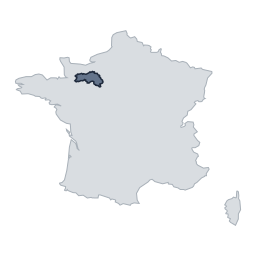 Orne on a map of France (Equal Earth projection)
{"feature_id": "FRA-5332", "entity_name": "Orne", "entity_type": "Metropolitan department", "adm_level": 1, "iso_a3": "FRA", "parent_name": "France", "parent_adm1": "", "projection": "equal_earth", "projection_center": [0.157, 48.576], "detail": "fine", "context": "in_parent", "style": "filled", "palette": "slate", "viewbox_px": 256, "rotation_deg": 0, "n_neighbors": 0, "source": "natural_earth", "source_scale": "10m", "svg_char_len": 5653}
<svg xmlns="http://www.w3.org/2000/svg" viewBox="0 0 256 256"><path d="M205.1,98.5L203.3,99.4L202.2,101.2L201.1,101.7L198.9,101.7L197.9,100.6L195.3,101.3L194.3,102.5L195.9,103.9L191.0,109.7L187.8,111.3L187.2,115.1L183.5,118.0L182.1,121.1L182.0,121.7L183.0,122.7L182.7,124.7L180.8,126.0L180.8,127.2L181.4,127.4L184.4,126.4L185.5,125.2L184.8,123.6L187.7,121.6L193.1,122.1L193.9,124.8L193.3,127.0L197.3,131.8L194.0,134.0L193.9,135.5L197.5,140.4L199.8,142.4L198.8,145.6L195.1,147.7L192.8,147.6L191.8,148.1L191.9,149.1L193.7,152.1L197.7,154.0L198.4,156.3L197.3,157.1L195.6,160.5L196.5,162.2L196.2,162.9L196.7,164.0L197.8,165.2L203.4,168.1L208.4,167.5L209.1,169.2L206.2,173.7L206.5,175.7L204.9,175.7L204.7,176.4L201.6,177.9L196.8,182.5L194.5,183.8L193.6,186.1L192.3,187.4L185.1,190.1L183.8,189.5L180.3,189.5L178.0,187.9L173.8,186.8L172.3,184.4L168.4,184.0L168.2,182.4L162.7,183.8L154.9,181.6L152.1,179.3L149.9,179.9L148.0,182.0L139.7,187.6L136.5,193.3L137.2,200.1L139.2,203.4L134.1,202.9L131.1,203.9L130.3,205.3L123.1,203.6L120.4,205.0L119.7,204.9L118.7,203.5L115.2,201.9L115.7,200.8L115.2,199.8L111.9,199.0L110.7,199.9L109.5,198.0L100.1,194.9L98.6,195.0L98.0,198.0L92.1,197.9L91.2,197.4L87.3,198.0L83.2,195.2L78.7,195.7L75.9,192.8L73.1,192.6L69.3,191.1L67.6,190.3L67.3,189.5L66.2,190.8L64.8,190.5L64.5,190.1L65.4,188.5L65.6,186.6L60.8,185.2L59.6,183.8L59.6,183.1L62.1,182.5L64.5,179.9L66.8,170.5L68.4,159.5L69.6,157.4L71.1,156.8L69.9,155.3L68.5,157.3L69.4,147.2L71.2,139.7L75.1,142.8L76.0,144.1L77.2,148.6L79.4,150.5L78.0,148.7L76.6,142.7L75.7,141.0L69.4,136.0L69.2,134.9L72.0,135.5L70.8,131.8L70.3,124.0L66.4,123.3L60.4,120.0L56.2,114.1L55.8,111.9L56.9,109.5L55.9,108.1L54.2,107.0L55.6,105.1L56.8,104.8L61.2,106.0L57.6,104.1L51.8,104.7L49.5,104.1L49.1,102.7L50.7,100.9L48.8,99.8L45.5,100.1L45.1,99.6L46.1,98.3L45.2,97.9L42.5,98.4L41.0,98.0L39.6,96.5L35.2,96.2L34.2,95.4L28.2,93.7L21.9,94.0L20.2,91.1L16.4,89.7L17.2,88.8L21.1,88.0L21.8,87.2L19.1,86.0L18.1,84.8L23.2,84.5L21.0,83.3L16.0,83.4L15.4,81.7L16.0,79.9L19.0,78.3L26.2,76.6L31.5,76.6L35.2,74.6L38.9,74.0L42.4,75.0L47.0,80.0L50.8,77.8L56.4,77.9L57.5,79.1L59.0,76.8L60.3,78.1L67.1,77.7L65.5,76.8L64.3,74.7L64.1,67.0L60.6,61.4L59.8,59.4L60.0,57.7L64.1,58.0L67.5,57.3L69.1,57.8L69.4,61.4L70.8,63.4L80.2,64.1L85.6,65.2L90.2,63.2L94.4,62.3L94.8,61.8L92.3,62.0L90.1,61.1L89.8,60.1L90.9,57.3L97.4,54.3L106.9,51.7L109.3,49.9L112.1,46.8L111.5,46.0L111.8,37.5L113.2,34.7L116.7,32.7L125.9,30.7L127.1,33.4L127.0,34.9L129.5,37.3L130.7,38.0L134.7,36.7L136.7,39.0L137.3,41.5L142.1,42.5L143.6,45.8L144.5,45.0L147.5,45.2L149.0,45.5L151.0,46.9L150.4,48.9L151.3,49.8L150.5,51.6L151.1,52.4L156.7,52.4L158.3,51.6L159.0,49.8L160.7,48.7L161.3,49.0L160.4,52.4L161.2,53.3L161.7,55.7L163.8,55.9L167.9,57.8L171.5,61.0L175.8,60.5L179.2,62.3L182.6,61.4L185.9,62.4L187.1,63.3L190.4,67.8L192.7,66.9L194.4,67.4L195.0,68.8L201.2,68.0L202.4,69.3L203.8,69.7L211.8,71.5L212.0,73.2L207.6,78.0L205.9,85.0L204.7,87.4L204.2,89.2L204.7,90.4L204.5,92.4L203.7,96.9L204.4,98.3L205.1,98.5ZM238.8,195.6L238.6,198.6L239.8,200.8L240.6,209.7L238.4,213.9L238.3,219.1L235.5,225.3L230.7,222.5L229.3,221.0L230.4,218.7L227.7,217.4L228.2,215.1L227.9,213.9L226.0,213.8L225.8,213.2L227.2,211.5L227.1,210.4L225.2,209.0L224.8,207.8L226.5,206.4L225.7,205.2L224.7,204.9L226.9,200.9L228.4,199.7L232.0,198.6L233.5,197.1L235.9,197.9L236.3,197.5L236.8,191.2L237.6,191.1L238.4,191.9L238.8,195.6ZM69.7,132.2L69.1,134.0L66.7,130.9L66.4,129.3L69.7,132.2Z" fill="#d9dde1" stroke="#a8b0b8" stroke-width="1"/><path d="M74.9,80.7L75.3,80.2L76.1,79.5L76.4,78.8L76.6,78.7L76.6,78.2L76.4,77.8L76.4,77.6L76.6,77.4L76.9,77.1L75.6,76.3L75.3,76.2L75.3,75.8L75.6,75.7L76.0,75.2L76.3,75.1L77.3,74.8L77.5,74.7L77.4,74.4L77.4,74.2L77.5,74.1L78.0,74.0L78.5,74.2L78.8,74.2L80.6,73.8L81.4,73.4L81.8,73.5L82.1,73.6L82.5,74.1L82.7,74.3L82.8,74.3L83.0,74.2L83.1,73.9L83.4,73.7L86.0,74.3L89.0,72.8L89.7,72.0L90.0,71.9L90.1,72.0L90.3,72.3L90.5,72.4L90.9,72.1L91.0,72.1L91.6,72.1L91.9,71.9L92.0,71.7L92.4,71.5L92.6,71.8L92.8,71.9L93.1,72.0L93.3,72.0L93.9,71.7L94.1,71.7L94.4,72.0L94.1,72.6L94.1,72.8L94.3,73.0L94.5,73.2L94.6,73.3L94.8,73.3L95.1,73.2L96.3,73.5L96.5,73.5L96.9,73.3L97.1,73.3L97.3,73.5L97.4,73.8L98.1,74.8L98.3,74.9L98.5,75.0L99.1,75.1L99.3,75.2L99.4,75.3L99.5,75.4L99.6,75.6L99.7,75.8L99.6,76.0L99.4,76.3L99.2,76.5L99.3,76.7L99.5,76.8L99.8,77.2L100.0,77.3L100.5,77.5L100.6,78.3L100.8,78.6L101.1,79.1L101.3,79.2L101.7,79.5L102.5,80.2L102.6,80.4L102.6,80.5L102.5,80.8L102.5,81.0L102.6,81.3L102.7,81.5L102.9,81.6L103.0,81.8L103.0,82.0L102.8,82.3L102.7,82.5L102.6,82.8L102.1,83.3L101.8,83.4L100.7,83.8L100.3,83.9L100.1,83.9L100.1,84.0L99.9,84.4L100.0,84.5L100.3,84.8L100.3,85.0L100.3,85.4L100.3,85.5L100.6,86.0L100.7,86.4L100.7,86.5L100.3,86.8L99.9,86.9L99.6,86.9L99.2,86.7L98.9,86.4L98.6,85.9L98.3,85.6L98.1,85.5L97.9,85.6L97.3,85.6L96.0,85.3L95.7,85.2L95.7,84.9L95.7,84.7L95.4,84.5L95.2,84.5L94.9,84.5L94.4,84.3L94.2,84.1L93.9,83.7L93.8,83.2L93.8,82.7L93.9,82.2L93.8,81.9L93.8,81.7L93.6,81.6L92.8,81.2L92.6,81.2L92.4,81.2L91.0,81.5L90.8,81.6L90.6,81.7L90.4,81.8L90.2,82.0L89.9,82.3L89.6,82.5L89.4,82.5L89.2,82.6L89.1,83.0L88.8,83.1L88.5,83.0L88.3,82.9L88.2,82.9L87.3,83.0L87.2,82.0L87.1,81.9L87.0,81.7L86.9,81.7L86.7,81.7L86.2,81.4L85.7,80.9L85.6,80.6L85.5,80.4L85.7,80.0L85.6,79.9L84.5,79.5L84.4,79.6L84.4,79.8L84.4,80.0L84.1,80.3L83.9,80.3L83.6,80.3L83.4,80.4L83.2,80.4L83.1,80.6L82.9,80.8L82.7,80.8L81.7,80.6L80.9,80.6L80.7,80.6L80.4,80.7L79.9,81.2L79.6,81.3L78.3,81.6L78.2,81.5L78.1,81.4L77.9,81.2L77.0,81.4L76.9,81.4L76.9,81.5L76.7,81.8L76.4,81.8L76.3,81.7L76.2,81.6L75.9,81.6L75.7,81.6L75.3,81.1L75.2,80.8L74.9,80.7Z" fill="#64748b" stroke="#1e293b" stroke-width="1.5"/></svg>